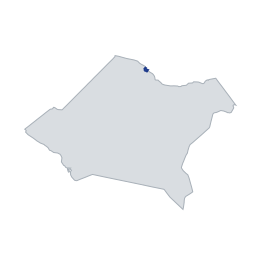 Teso North, Western, Kenya shown in context, rotated 102°
{"feature_id": "3690345B58286800051126", "entity_name": "Teso North", "entity_type": "district", "adm_level": 2, "iso_a3": "KEN", "parent_name": "Kenya", "parent_adm1": "Western", "projection": "natural_earth1", "projection_center": [34.335, 0.681], "detail": "fine", "context": "in_parent", "style": "filled", "palette": "blue", "viewbox_px": 256, "rotation_deg": 102, "n_neighbors": 0, "source": "geoboundaries", "source_scale": "gbopen_adm2", "svg_char_len": 3595}
<svg xmlns="http://www.w3.org/2000/svg" viewBox="0 0 256 256"><g transform="rotate(102 128 128)"><path d="M59.9,155.7L59.8,152.3L60.3,143.8L60.2,136.2L60.6,132.5L62.2,130.1L62.9,128.3L63.5,125.9L64.3,123.9L66.2,122.3L66.5,121.5L68.6,118.8L69.8,115.3L70.7,114.1L71.8,113.0L72.6,112.5L74.0,111.9L75.0,111.6L75.2,111.3L75.3,110.7L74.9,108.6L75.4,107.9L76.1,106.5L76.9,105.1L77.6,104.3L78.0,103.4L78.2,101.9L78.3,100.8L78.2,99.1L78.0,95.1L77.2,91.8L76.6,88.1L77.0,86.9L76.3,84.7L76.0,84.6L75.5,84.1L74.8,82.1L74.2,80.2L73.9,79.7L71.6,78.1L70.5,74.2L69.2,73.4L68.5,69.5L68.4,68.4L69.1,64.6L69.0,63.7L68.3,62.9L66.1,62.1L64.4,60.5L64.6,60.0L64.7,59.4L63.8,59.0L61.1,52.5L64.6,48.6L68.0,44.6L72.5,39.5L76.5,34.9L80.1,30.9L83.2,27.3L83.1,28.0L83.1,28.9L83.5,29.5L84.2,29.9L85.1,29.5L85.9,28.9L86.6,28.8L91.3,30.3L92.1,31.6L92.1,33.0L92.3,34.0L91.9,35.0L91.5,38.0L91.6,40.9L93.1,42.9L94.3,44.6L95.3,46.9L96.1,47.6L97.1,47.9L100.3,48.0L105.1,48.2L109.8,48.3L110.2,48.4L111.2,48.7L115.4,51.8L119.3,54.6L122.6,57.1L125.8,59.5L128.9,61.8L131.3,63.8L133.7,64.4L137.6,64.7L140.2,64.7L142.7,65.6L146.4,66.3L149.1,66.7L150.8,67.1L155.4,67.6L156.1,67.3L158.2,65.2L160.4,61.7L161.3,59.8L164.2,57.9L169.4,55.2L173.0,53.3L177.0,51.4L178.9,53.1L181.4,55.7L182.6,57.0L183.5,57.6L184.8,58.0L186.5,58.0L187.4,57.9L189.3,57.6L193.7,57.3L196.2,57.3L194.1,60.8L191.6,64.9L186.9,72.6L183.4,76.7L180.7,79.7L180.5,80.3L180.5,83.7L180.6,92.0L180.6,108.7L180.7,125.3L180.8,142.0L180.8,150.3L180.8,153.1L183.1,156.6L185.4,160.0L188.4,164.6L190.1,167.0L190.3,167.8L190.2,169.4L187.7,172.8L185.7,174.4L183.0,175.1L182.1,175.0L181.1,174.5L180.6,175.3L180.3,176.5L179.7,176.3L179.2,175.9L179.5,178.2L179.8,179.3L179.4,180.8L178.1,182.1L177.9,183.2L175.0,186.1L170.9,186.4L168.8,187.9L167.8,189.0L167.1,191.6L167.4,195.6L166.2,198.6L166.0,200.2L163.9,202.1L162.9,204.0L162.2,205.8L161.6,206.6L160.9,210.7L159.9,213.3L159.7,214.1L159.4,214.8L158.6,216.3L158.2,217.3L157.8,218.0L155.3,224.4L153.3,227.3L151.8,227.0L150.8,228.1L150.7,228.7L150.1,228.4L148.9,227.3L146.3,225.1L143.6,222.9L141.0,220.7L138.4,218.6L135.8,216.4L133.2,214.2L130.5,212.0L127.9,209.8L126.4,208.5L125.7,207.8L125.2,206.3L124.9,205.9L124.2,205.4L123.4,205.3L123.2,205.0L123.2,204.3L123.5,203.3L124.4,201.3L124.5,200.1L124.3,198.7L124.0,196.6L123.8,196.1L122.0,195.0L118.4,192.6L114.8,190.3L111.1,187.9L107.5,185.6L103.8,183.2L100.2,180.9L96.6,178.5L92.9,176.2L89.3,173.8L85.6,171.5L82.0,169.1L78.4,166.8L74.7,164.4L71.1,162.1L67.4,159.7L63.8,157.3L62.4,156.5L61.2,155.7L59.9,155.7ZM181.0,178.6L180.4,178.7L180.7,177.6L182.6,176.2L183.4,176.5L183.5,176.8L183.5,177.1L183.1,177.4L181.0,178.6Z" fill="#d9dde1" stroke="#a8b0b8" stroke-width="1"/><path d="M68.7,122.9L68.6,122.6L68.5,122.4L68.6,122.2L68.5,121.9L68.5,121.7L68.8,121.6L69.0,121.4L69.0,121.2L68.9,121.1L68.8,120.9L68.7,120.9L68.5,121.0L68.4,121.0L68.3,120.9L68.2,120.8L68.2,120.7L67.9,120.6L67.7,120.5L67.4,120.6L67.2,120.7L67.1,120.8L67.0,120.7L67.0,120.8L66.9,120.8L66.9,121.0L66.8,121.3L66.8,121.5L66.8,121.8L66.9,122.0L66.7,122.2L66.6,122.3L66.4,122.4L66.3,122.5L66.3,122.8L66.3,123.0L66.2,123.2L66.1,123.3L65.9,123.3L65.7,123.4L65.6,123.5L65.5,123.4L65.5,123.5L65.4,123.5L65.4,123.4L65.3,123.5L65.2,123.5L65.3,123.5L65.5,123.6L65.7,123.8L65.8,123.8L65.8,124.0L65.7,124.0L65.8,124.1L66.5,124.4L66.6,124.2L66.6,123.9L66.7,124.1L66.8,124.1L67.0,124.3L67.1,124.2L66.9,124.1L67.0,124.0L67.0,123.9L67.3,123.9L67.3,124.0L67.3,123.9L67.5,123.9L67.8,123.9L68.0,123.9L68.0,123.7L68.1,123.4L68.1,123.2L68.3,123.1L68.5,123.0L68.5,122.9L68.7,122.9Z" fill="#3b82f6" stroke="#1e3a8a" stroke-width="1.5"/></g></svg>